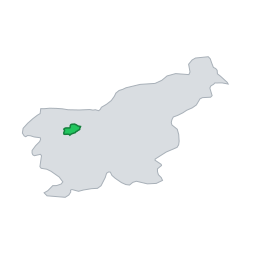 where Železniki sits in Slovenia, rotated 352°
{"feature_id": "SVN-1020", "entity_name": "Železniki", "entity_type": "Municipality", "adm_level": 1, "iso_a3": "SVN", "parent_name": "Slovenia", "parent_adm1": "", "projection": "robinson", "projection_center": [14.116, 46.221], "detail": "fine", "context": "in_parent", "style": "filled", "palette": "green", "viewbox_px": 256, "rotation_deg": 352, "n_neighbors": 0, "source": "natural_earth", "source_scale": "10m", "svg_char_len": 2153}
<svg xmlns="http://www.w3.org/2000/svg" viewBox="0 0 256 256"><g transform="rotate(352 128 128)"><path d="M233.3,98.4L227.4,96.4L220.2,95.5L218.9,96.6L216.0,97.8L214.6,99.8L215.8,107.7L214.1,109.0L205.9,108.3L203.3,109.2L198.9,114.7L194.4,117.0L188.6,118.6L184.4,120.6L179.0,122.4L174.4,123.4L172.7,125.8L171.6,128.5L171.9,131.1L176.6,136.1L177.3,141.5L176.8,148.2L175.8,151.7L173.9,154.0L162.5,157.1L150.6,162.5L150.3,163.7L155.8,168.6L156.0,169.8L151.5,172.5L151.1,175.3L151.6,178.5L154.0,181.7L154.9,184.7L148.3,186.8L139.4,186.0L128.9,181.9L125.2,182.5L121.6,184.7L118.0,183.7L114.0,181.2L108.3,176.0L105.5,172.7L104.4,169.3L102.8,168.8L100.5,169.8L98.5,174.0L93.3,181.4L89.4,183.5L83.5,183.0L75.3,183.2L70.2,183.8L63.9,181.1L62.4,181.6L62.4,183.4L60.1,186.1L56.2,187.9L38.4,183.9L35.9,180.5L39.9,178.9L45.5,174.6L49.3,175.1L53.9,174.2L56.0,172.3L53.0,166.9L45.7,160.1L41.8,157.5L36.4,155.8L35.4,154.0L38.5,143.4L37.6,141.9L31.4,142.4L30.0,141.3L29.5,139.4L29.9,136.9L34.0,132.7L38.7,129.1L39.9,127.0L39.7,125.4L33.8,123.8L30.3,122.1L27.5,121.5L25.5,122.4L24.1,121.4L22.7,118.3L24.1,113.7L29.4,109.3L35.1,105.5L40.1,102.7L43.0,101.5L44.3,96.7L47.3,97.2L53.2,97.5L59.7,98.6L65.8,99.9L71.2,101.6L82.4,103.4L92.7,104.4L95.8,105.4L98.3,105.4L101.4,106.8L103.2,105.7L104.5,103.8L110.1,101.5L115.3,98.5L118.9,94.7L120.9,91.7L124.4,89.6L128.1,89.0L131.6,87.9L146.1,86.5L161.0,87.6L168.1,85.5L173.9,81.9L182.4,80.8L182.9,80.8L195.7,83.6L196.7,82.0L197.2,81.2L196.9,73.3L200.9,69.6L204.6,68.1L217.4,68.6L219.1,71.0L219.8,74.8L221.0,79.9L223.1,81.3L224.3,83.3L224.1,86.8L226.7,89.5L232.6,96.6L233.3,98.4Z" fill="#d9dde1" stroke="#a8b0b8" stroke-width="1"/><path d="M75.7,116.7L77.4,117.8L78.4,118.8L79.4,119.3L81.2,119.9L80.8,120.7L80.3,121.1L80.0,122.6L79.6,122.9L79.4,123.0L79.0,123.1L77.8,123.6L77.3,124.0L75.9,124.4L75.3,125.2L71.0,126.0L70.8,126.2L69.4,127.0L69.0,126.2L67.2,125.7L64.7,125.5L64.0,125.3L63.7,125.1L63.7,124.6L63.7,123.9L64.8,121.8L64.8,121.3L64.3,120.2L65.1,119.6L66.4,119.3L70.2,119.8L70.7,119.6L70.9,119.1L71.1,117.8L71.4,117.3L71.9,116.7L72.6,116.5L73.4,116.5L75.7,116.7Z" fill="#22c55e" stroke="#15803d" stroke-width="1.5"/></g></svg>